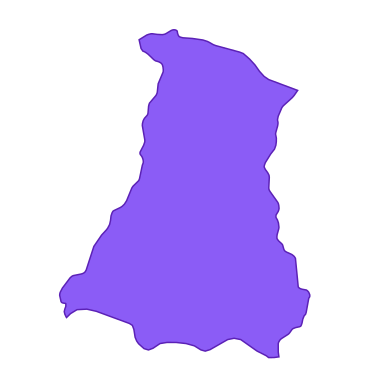 Paysandú, Equal Earth projection, rotated 274°
{"feature_id": "URY-8", "entity_name": "Paysandú", "entity_type": "Department", "adm_level": 1, "iso_a3": "URY", "parent_name": "Uruguay", "parent_adm1": "", "projection": "equal_earth", "projection_center": [-57.298, -32.042], "detail": "fine", "context": "isolated", "style": "filled", "palette": "violet", "viewbox_px": 384, "rotation_deg": 274, "n_neighbors": 0, "source": "natural_earth", "source_scale": "10m", "svg_char_len": 3144}
<svg xmlns="http://www.w3.org/2000/svg" viewBox="0 0 384 384"><g transform="rotate(274 192 192)"><path d="M32.2,280.5L32.2,280.4L32.2,279.9L33.8,277.6L37.9,267.9L48.2,250.9L49.0,244.2L47.3,237.9L36.0,221.0L34.2,216.3L35.1,211.9L38.7,205.1L40.4,196.7L40.8,186.9L40.2,177.6L38.6,170.7L33.4,164.0L31.4,159.6L32.4,155.1L36.9,149.3L39.5,147.2L43.1,145.4L50.9,143.6L54.8,141.8L56.5,138.7L66.3,104.9L67.8,95.3L66.6,85.5L62.2,79.3L58.0,75.6L58.5,75.2L61.2,73.7L63.7,72.9L66.3,73.3L69.1,74.1L70.9,74.0L71.8,73.9L72.0,73.7L72.2,71.5L72.4,70.4L72.9,69.5L73.6,69.0L79.7,67.2L81.0,67.2L82.7,67.5L87.1,69.4L97.9,76.4L99.4,77.9L100.0,78.7L100.4,79.6L102.5,87.3L102.9,88.3L103.4,89.3L104.0,90.1L104.7,90.8L105.6,91.3L106.8,91.9L130.9,97.9L142.7,104.8L148.2,109.2L150.0,110.4L153.9,112.1L157.9,112.7L162.5,112.9L165.6,113.7L167.3,114.5L168.0,115.4L171.6,121.7L172.8,123.3L175.1,125.4L178.8,127.4L191.8,131.7L193.6,132.7L199.7,138.1L201.6,138.7L215.4,140.6L217.6,141.3L219.0,141.3L220.6,141.0L222.9,140.1L224.1,139.3L225.1,138.5L225.8,137.8L226.9,137.4L228.1,137.4L235.3,140.5L238.7,141.4L240.6,141.3L254.8,137.8L256.8,137.8L259.6,138.3L261.1,138.9L262.3,139.5L265.5,142.0L266.5,142.4L267.6,142.6L274.5,142.7L276.3,143.0L277.7,143.4L285.9,149.4L288.0,150.2L289.2,150.4L297.6,150.7L309.3,154.7L310.3,154.9L312.1,154.8L314.8,154.3L317.0,153.5L317.9,152.7L318.7,151.7L319.5,149.9L319.8,148.8L320.3,146.4L321.3,144.7L326.4,138.6L327.8,136.4L328.7,134.6L329.0,133.3L331.5,131.2L340.2,128.6L345.5,136.0L346.3,137.9L347.0,140.1L347.1,141.5L346.8,146.3L346.9,151.4L347.3,153.1L347.8,154.4L351.7,160.0L352.3,161.3L352.6,162.7L352.5,164.2L352.1,165.3L351.5,166.0L350.8,166.2L349.4,166.5L347.7,167.2L346.8,167.8L346.1,168.4L345.6,170.0L345.2,172.2L345.2,181.5L345.1,183.0L344.4,192.3L343.3,196.8L342.4,199.0L340.5,202.9L339.7,205.5L334.9,229.7L333.7,233.5L328.7,240.1L323.2,245.9L317.1,250.9L312.3,255.9L309.5,260.7L300.7,290.3L295.5,287.2L293.2,285.5L284.3,277.0L282.5,275.8L273.6,272.7L270.7,272.3L269.6,272.3L267.6,272.9L266.0,273.0L263.8,272.8L257.5,271.5L255.7,271.3L251.6,272.4L248.1,272.6L244.5,272.4L240.5,271.3L235.3,267.8L226.4,263.1L223.9,262.4L222.1,262.2L221.3,262.6L219.6,263.6L216.5,266.2L214.9,267.2L214.0,267.7L211.9,268.1L201.5,268.3L199.9,268.6L198.2,269.6L187.5,278.4L186.3,279.0L184.7,279.5L181.7,280.0L180.1,279.8L178.5,279.3L175.0,277.5L173.6,277.4L172.4,277.6L170.0,279.2L167.1,280.4L162.9,281.2L161.3,281.1L155.4,279.9L153.3,279.8L151.6,280.0L150.8,280.5L149.3,281.8L148.0,283.4L147.5,284.1L146.0,285.8L145.2,286.2L141.3,287.6L140.4,288.1L139.7,288.7L139.1,289.6L138.3,291.3L138.2,291.8L137.0,295.0L136.6,296.0L135.4,297.8L134.7,298.6L133.1,299.8L104.7,304.6L104.0,305.3L103.4,306.2L103.0,307.3L102.7,308.6L102.2,313.0L101.4,314.2L100.2,315.4L97.8,316.6L96.3,316.8L95.1,316.5L94.2,315.9L79.9,314.3L77.9,313.8L76.3,312.5L72.9,311.4L69.0,310.9L67.0,310.4L65.7,309.8L65.3,309.1L65.1,308.7L64.0,304.9L63.1,303.0L62.6,302.1L61.9,301.4L58.3,299.2L57.5,298.6L56.8,297.9L52.4,292.0L52.3,291.9L51.8,291.3L51.1,290.5L50.0,289.8L48.2,288.9L46.8,288.6L38.4,289.2L33.6,290.2L32.6,285.4L32.2,280.5Z" fill="#8b5cf6" stroke="#5b21b6" stroke-width="1.5"/></g></svg>